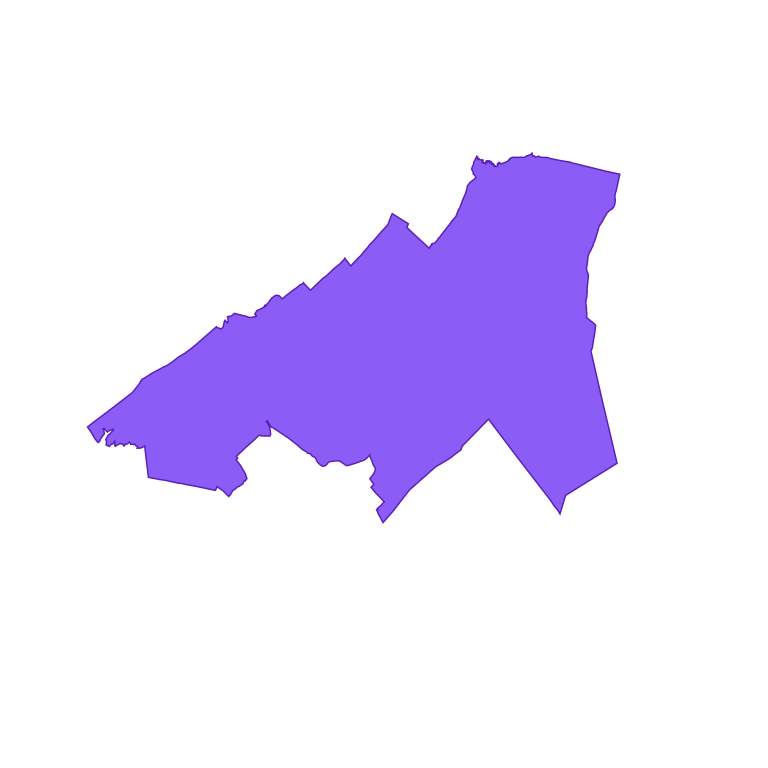 Bargauani, Neamt, Romania, rotated 250°
{"feature_id": "2599482B339560246118", "entity_name": "Bargauani", "entity_type": "district", "adm_level": 2, "iso_a3": "ROU", "parent_name": "Romania", "parent_adm1": "Neamt", "projection": "natural_earth1", "projection_center": [26.654, 46.99], "detail": "fine", "context": "isolated", "style": "filled", "palette": "violet", "viewbox_px": 768, "rotation_deg": 250, "n_neighbors": 0, "source": "geoboundaries", "source_scale": "gbopen_adm2", "svg_char_len": 6127}
<svg xmlns="http://www.w3.org/2000/svg" viewBox="0 0 768 768"><g transform="rotate(250 384 384)"><path d="M344.1,589.7L347.2,592.5L349.9,593.8L360.4,599.8L366.9,603.0L370.4,601.2L375.9,597.8L377.6,597.2L381.1,598.8L382.2,598.9L385.4,600.0L391.9,601.5L396.1,604.1L401.5,606.6L402.6,606.8L406.3,608.5L415.0,612.7L416.8,613.4L421.5,613.3L423.6,614.0L428.6,616.7L433.3,618.9L434.2,619.4L437.2,621.9L438.4,623.6L439.6,624.6L442.2,627.5L444.5,629.0L446.9,631.4L454.7,637.3L459.1,640.4L459.5,640.5L459.4,641.0L459.5,641.5L461.1,643.3L462.0,644.9L463.7,646.4L468.4,652.0L470.2,656.0L470.3,657.9L471.6,660.2L472.6,661.2L474.3,662.5L477.4,664.2L480.6,664.9L482.7,665.7L484.9,667.2L486.2,668.3L500.5,677.3L507.4,666.3L528.3,635.1L528.8,634.8L532.9,627.4L539.5,616.6L540.7,615.5L543.1,609.7L544.6,607.6L545.4,606.9L544.9,604.1L546.1,603.7L547.1,603.1L547.2,601.8L550.3,602.0L549.6,600.5L549.4,598.9L549.5,598.2L549.1,597.1L549.7,596.1L549.3,595.6L548.9,593.4L550.6,589.5L550.8,588.3L553.1,582.0L553.1,581.3L552.8,580.7L553.0,580.2L552.9,579.8L552.7,579.5L552.1,579.5L552.0,579.4L552.3,578.3L552.1,578.1L551.6,578.1L550.9,575.8L550.7,570.4L551.1,569.7L551.2,568.5L551.9,568.2L552.6,568.4L552.9,568.0L551.6,567.5L551.5,567.0L551.9,567.0L552.3,566.6L552.1,566.0L551.9,565.7L550.1,565.3L549.8,564.3L550.4,563.1L550.7,563.3L551.0,563.2L551.0,562.5L550.5,562.8L550.5,562.4L551.5,561.7L551.9,561.7L552.3,562.2L552.6,562.4L553.3,562.3L554.0,561.3L553.5,560.9L553.4,560.5L553.6,560.3L554.1,560.3L555.2,561.2L556.7,560.5L556.8,560.2L556.2,559.5L556.8,559.7L557.3,559.4L557.4,558.9L557.8,559.1L558.0,558.5L557.2,558.4L557.1,557.8L558.3,557.7L558.6,556.9L557.8,557.1L557.1,556.9L556.9,556.6L557.0,556.2L557.9,556.3L558.0,555.7L557.9,555.5L557.1,555.6L556.2,554.9L557.3,554.2L557.1,553.5L557.3,553.3L558.3,553.1L557.8,552.6L557.8,552.3L558.5,552.0L558.8,552.1L559.1,552.6L559.8,552.4L559.9,552.7L559.6,553.0L560.4,553.7L561.1,553.1L561.0,552.6L562.1,550.6L562.7,550.1L563.0,550.4L563.4,550.3L563.5,550.1L562.8,549.0L563.0,548.9L564.0,548.7L564.8,549.0L565.3,549.7L566.3,549.1L561.8,544.3L559.5,543.0L558.1,541.5L555.9,539.8L553.1,540.3L550.6,539.7L548.9,540.8L547.7,541.0L546.2,540.6L546.1,539.7L545.3,539.1L545.2,538.5L545.2,537.4L545.0,536.5L544.4,535.6L543.8,533.3L542.4,531.6L541.7,530.1L539.6,529.2L538.1,527.8L537.0,527.2L534.8,525.5L530.2,521.0L524.1,515.9L521.8,513.2L517.2,509.2L516.1,507.6L515.3,505.9L513.3,502.5L512.7,502.0L504.5,488.8L502.7,486.2L502.6,485.3L500.8,483.0L499.2,480.2L499.1,477.9L499.5,477.4L499.4,477.0L499.0,476.4L497.9,476.0L498.1,475.6L497.9,475.5L497.7,474.8L496.7,473.6L496.7,473.0L496.3,472.8L523.3,458.9L526.2,461.7L541.3,450.0L538.3,447.2L532.5,442.3L527.5,432.7L522.0,422.9L519.9,418.3L518.4,416.2L515.6,411.2L515.1,409.9L514.4,409.1L512.6,406.1L511.3,403.0L506.3,393.1L515.6,390.2L514.8,389.4L512.3,384.2L512.0,383.8L509.5,376.3L505.2,366.6L504.3,363.0L497.4,347.3L497.3,347.0L497.9,346.6L506.0,343.1L506.7,343.0L506.3,342.4L505.9,341.2L505.9,339.8L505.8,338.8L504.3,334.7L503.5,331.4L500.4,321.8L499.7,320.2L498.9,317.2L502.1,316.1L503.0,315.4L504.0,313.7L504.4,312.4L503.3,308.2L501.6,305.7L501.6,305.2L500.6,304.3L499.2,301.5L498.3,300.6L498.7,300.1L498.7,298.8L498.2,298.6L497.5,299.0L497.4,298.9L497.3,297.7L497.5,297.3L497.0,296.2L497.0,294.8L496.3,291.3L496.6,290.7L496.1,289.3L495.6,288.9L495.2,287.9L493.8,286.5L493.6,286.5L492.6,287.1L491.9,286.9L491.5,287.5L491.3,287.3L491.1,286.6L491.4,286.0L491.4,285.2L491.6,284.9L491.6,284.0L491.9,282.4L492.9,279.7L494.6,277.8L501.5,267.6L500.7,265.7L500.1,263.2L500.7,261.2L500.7,259.9L496.8,259.4L496.2,258.6L494.7,257.7L494.9,257.5L495.6,257.6L496.2,257.3L496.7,257.2L497.0,256.6L498.2,256.4L497.8,255.7L492.3,252.1L491.5,249.7L493.5,247.3L493.6,246.8L495.1,246.1L484.1,217.5L481.1,207.8L479.7,200.3L476.6,190.6L475.6,186.2L475.4,185.1L475.5,183.2L474.6,178.0L473.6,170.2L471.4,160.3L471.2,158.2L470.8,157.5L467.7,153.9L462.0,144.6L451.2,110.6L448.0,99.8L445.0,90.7L438.4,92.4L431.6,93.6L426.8,95.2L426.9,96.0L427.7,97.5L429.5,99.0L432.7,103.9L433.8,104.5L435.5,104.6L436.5,104.9L438.0,104.5L438.1,105.7L434.6,107.1L433.6,107.5L433.5,107.8L434.1,109.4L434.4,112.9L433.9,114.3L433.5,114.2L432.9,113.4L432.7,112.3L430.9,109.7L430.4,107.6L427.0,103.6L424.1,103.4L422.3,102.2L421.4,102.1L419.3,104.5L420.8,107.5L420.5,108.0L420.5,108.6L422.2,111.5L418.7,110.1L417.8,110.0L417.5,110.2L417.4,110.5L417.9,112.5L418.1,114.4L418.5,115.8L417.3,116.7L416.8,118.2L416.4,118.3L415.2,118.1L414.6,118.5L415.7,120.3L415.5,122.4L416.5,124.8L413.8,125.4L413.7,125.6L413.7,126.8L412.7,127.9L412.7,129.3L411.1,129.6L409.7,130.9L409.1,130.7L408.8,130.4L408.0,130.0L407.1,133.3L407.2,135.8L407.6,137.9L376.9,130.7L371.3,139.9L368.5,145.2L361.1,156.9L360.9,157.6L359.9,159.5L358.4,161.7L351.8,172.9L341.8,189.0L341.7,189.3L344.6,192.0L338.9,196.1L331.4,199.6L332.4,201.6L335.6,205.6L336.3,208.6L337.4,211.0L337.3,212.9L337.9,214.7L338.4,217.1L340.9,219.6L340.4,220.3L340.5,220.7L341.1,221.6L342.3,222.6L342.2,222.8L347.0,223.0L349.0,222.7L356.9,221.2L363.3,219.1L364.3,221.2L366.5,220.5L371.7,232.4L375.4,241.9L378.6,249.1L377.9,250.4L377.3,250.7L374.1,259.0L375.0,259.9L375.9,260.4L381.3,261.6L384.9,261.7L388.9,260.8L389.4,261.1L389.5,261.6L389.3,261.8L383.1,262.9L382.2,263.3L380.2,265.2L365.8,275.8L355.0,282.5L354.3,282.7L351.2,284.4L348.5,286.4L346.6,288.1L345.9,288.2L344.9,288.8L344.7,289.5L343.1,291.2L341.0,291.8L339.8,292.8L339.0,293.7L338.2,294.2L333.4,294.8L331.7,295.4L328.7,297.2L327.6,298.5L327.3,301.0L328.0,302.8L329.1,304.4L329.6,305.6L329.6,306.2L328.5,311.3L327.6,314.5L326.3,316.4L320.6,320.4L320.2,320.8L319.7,322.3L319.3,330.2L319.3,339.2L320.1,342.2L322.1,346.3L321.4,346.0L314.6,346.4L312.1,346.2L307.6,347.0L305.2,345.6L303.1,343.4L299.8,338.3L293.1,340.1L291.5,336.5L284.6,338.9L273.1,344.0L272.9,343.1L270.8,339.2L269.4,335.3L268.4,335.5L268.4,334.0L262.8,334.4L254.1,335.7L261.8,349.6L275.8,371.8L288.5,404.1L291.6,420.4L294.2,428.2L295.6,433.3L296.3,434.2L298.7,436.0L315.2,470.2L270.5,483.9L218.7,500.4L211.5,502.2L204.5,504.5L201.7,504.9L217.2,516.5L229.8,575.9L298.5,584.0L344.1,589.7Z" fill="#8b5cf6" stroke="#5b21b6" stroke-width="1.5"/></g></svg>